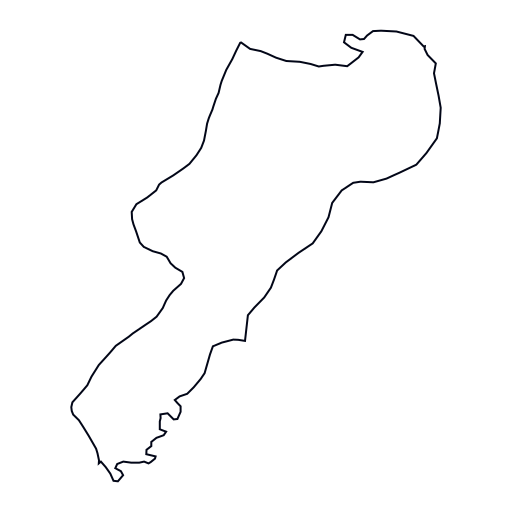 outline of Juarzon, Sinoe, Liberia
{"feature_id": "62588387B89490647958390", "entity_name": "Juarzon", "entity_type": "district", "adm_level": 2, "iso_a3": "LBR", "parent_name": "Liberia", "parent_adm1": "Sinoe", "projection": "orthographic", "projection_center": [-8.921, 5.312], "detail": "fine", "context": "isolated", "style": "outline", "palette": "ink", "viewbox_px": 512, "rotation_deg": 0, "n_neighbors": 0, "source": "geoboundaries", "source_scale": "gbopen_adm2", "svg_char_len": 2275}
<svg xmlns="http://www.w3.org/2000/svg" viewBox="0 0 512 512"><path d="M424.9,46.2L423.7,46.5L413.5,35.9L396.4,31.5L381.0,30.7L373.0,31.1L367.1,35.5L364.0,39.0L360.0,39.4L352.7,34.9L345.8,34.9L344.0,42.3L351.3,47.8L362.6,51.9L358.6,57.4L351.0,63.3L347.2,66.2L335.2,64.7L323.5,65.8L318.8,66.5L310.7,64.0L299.8,61.8L286.3,61.0L276.1,57.7L267.3,53.7L260.7,51.1L250.1,48.9L241.1,42.5L240.2,42.8L236.3,50.5L235.6,52.0L232.3,59.1L226.3,69.8L221.7,81.0L220.5,84.8L218.6,92.9L215.9,98.8L213.3,106.6L212.4,109.6L209.8,115.7L208.8,118.2L207.1,123.6L205.9,130.8L205.4,133.4L204.0,140.6L201.2,147.9L196.5,155.2L189.4,163.9L183.4,168.4L179.8,170.9L173.1,175.5L161.5,182.5L159.1,184.6L156.2,190.4L147.2,197.5L136.4,204.2L131.7,211.9L132.1,219.2L133.5,224.4L136.1,231.4L139.8,242.5L143.8,246.9L152.7,251.2L160.9,253.5L163.6,255.0L166.7,256.7L170.6,263.3L175.3,267.7L182.4,271.9L184.1,278.1L181.0,283.9L173.3,290.7L169.7,295.0L166.2,300.4L164.6,303.9L162.8,308.0L156.6,316.7L150.9,321.2L145.2,325.0L132.7,333.5L128.8,336.7L115.8,345.8L109.5,353.2L98.8,365.0L91.5,376.6L87.3,385.3L80.4,393.4L72.4,402.3L71.3,407.1L71.6,409.8L71.8,411.1L73.2,414.6L78.9,420.2L83.2,426.9L88.7,435.8L96.1,448.7L97.5,453.3L99.0,460.4L98.8,463.4L100.9,461.6L105.7,467.1L110.3,473.6L113.5,480.8L117.9,481.3L123.1,475.2L120.9,471.2L115.3,468.2L117.2,464.0L123.3,461.6L131.5,462.7L139.1,462.7L144.1,461.6L148.5,463.4L150.7,462.1L155.0,458.6L155.6,456.4L146.3,454.2L146.5,449.8L151.3,446.1L151.3,441.9L156.5,437.8L158.8,437.0L163.7,435.2L166.1,431.7L159.8,429.3L159.8,421.4L160.6,418.1L160.4,414.4L167.6,413.3L173.7,419.4L177.4,419.0L180.6,411.8L180.6,406.3L177.4,403.0L174.8,400.0L179.6,396.4L187.2,393.8L193.8,387.2L200.9,378.7L201.8,377.3L204.6,373.2L210.0,354.4L212.9,346.3L221.8,342.6L233.3,339.6L238.1,339.8L245.0,340.9L247.9,315.2L253.9,308.1L254.4,307.5L264.2,297.5L270.9,287.7L274.0,279.6L276.0,273.8L277.1,270.5L285.8,262.4L298.6,252.8L312.7,243.4L321.4,231.2L328.5,217.3L332.2,202.9L341.7,190.4L353.2,182.8L355.9,182.4L360.4,181.7L373.4,182.3L386.5,178.6L393.9,175.2L399.5,172.7L416.3,164.7L425.5,154.1L426.3,153.2L436.9,138.3L438.3,131.2L439.8,123.4L439.9,121.5L440.7,107.8L438.6,95.8L436.0,83.3L434.0,73.3L435.8,63.4L427.6,55.0L424.6,48.9L424.9,46.2Z" fill="none" stroke="#020617" stroke-width="2"/></svg>